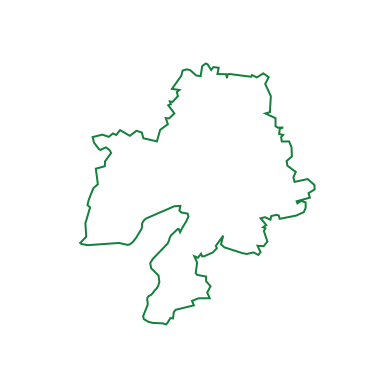 outline of Namur, rotated 22°
{"feature_id": "BEL-3476", "entity_name": "Namur", "entity_type": "Province", "adm_level": 1, "iso_a3": "BEL", "parent_name": "Belgium", "parent_adm1": "", "projection": "albers", "projection_center": [4.867, 50.216], "detail": "fine", "context": "isolated", "style": "outline", "palette": "green", "viewbox_px": 384, "rotation_deg": 22, "n_neighbors": 0, "source": "natural_earth", "source_scale": "10m", "svg_char_len": 2439}
<svg xmlns="http://www.w3.org/2000/svg" viewBox="0 0 384 384"><g transform="rotate(22 192 192)"><path d="M189.6,215.0L187.3,214.0L186.4,209.3L181.0,211.8L159.3,233.8L158.1,236.3L157.5,239.4L158.0,241.3L158.8,242.9L159.0,245.0L157.4,255.1L156.0,260.2L154.1,263.8L151.9,265.2L143.4,266.6L114.9,280.5L108.9,281.6L107.4,281.1L108.0,279.8L110.7,273.1L104.9,261.0L103.3,244.5L100.0,243.3L99.2,238.1L99.1,225.5L101.8,220.1L94.1,206.4L101.5,200.8L99.9,196.2L102.4,186.1L99.6,183.9L95.3,182.9L91.5,187.2L90.0,187.3L82.6,182.9L79.3,178.3L87.4,172.4L94.2,172.0L96.8,167.3L100.4,167.5L102.1,161.6L113.3,163.2L117.5,156.1L123.1,155.6L126.8,160.4L140.5,158.2L139.2,146.3L144.2,138.2L140.0,133.3L143.2,132.3L146.2,125.7L137.5,120.5L139.5,118.5L137.5,116.3L140.2,115.8L143.0,108.4L140.5,105.0L142.1,102.1L134.8,103.9L138.5,88.3L137.8,82.9L141.2,80.2L144.8,79.7L152.1,82.4L156.6,81.4L154.3,71.5L156.5,67.8L158.5,67.7L164.1,71.7L165.0,68.2L170.2,66.8L171.4,73.1L179.5,70.0L181.8,73.3L181.0,69.7L182.0,68.7L203.6,63.0L203.8,61.1L209.1,61.5L213.7,55.3L220.1,56.8L219.4,64.4L229.2,73.6L234.3,88.8L230.6,91.7L241.8,92.3L244.8,99.7L247.6,100.2L252.4,98.0L249.7,100.6L251.1,105.6L255.1,105.0L254.1,107.8L256.3,111.5L263.1,108.8L267.5,113.2L271.3,121.6L268.1,127.8L270.6,131.9L280.7,134.5L280.5,140.4L283.3,144.2L294.3,136.7L302.9,139.6L304.7,143.7L300.5,149.4L303.4,153.1L292.5,161.4L294.0,163.0L296.5,159.4L301.2,159.0L303.3,164.0L303.2,168.8L297.6,174.7L283.4,184.0L281.2,181.3L279.0,181.5L274.5,184.6L275.1,188.3L269.2,188.0L265.5,190.6L273.3,194.9L271.1,198.1L273.6,198.1L273.3,201.3L280.5,209.7L278.7,215.4L272.9,217.3L278.1,222.1L277.1,225.5L271.6,225.0L266.1,228.9L261.8,229.8L242.8,231.2L238.5,229.7L237.3,220.8L234.3,233.0L236.1,234.8L234.0,240.2L227.3,247.1L225.4,247.8L223.5,245.9L222.1,250.8L218.2,250.7L223.2,255.5L225.8,265.8L228.0,266.9L236.7,265.1L238.5,269.4L244.5,272.5L243.8,279.5L248.2,283.9L238.0,288.0L232.8,293.0L236.2,296.4L220.9,307.4L220.1,310.2L221.8,316.3L219.2,317.0L218.3,322.4L217.6,324.5L213.8,324.8L205.0,328.0L200.4,328.7L195.0,327.9L193.2,325.5L193.2,313.7L192.7,311.8L190.7,308.5L190.3,306.9L190.7,305.0L192.5,302.8L193.2,301.2L194.3,297.3L195.3,294.7L195.8,291.9L195.5,287.8L192.3,282.0L182.7,278.0L179.9,273.6L180.8,268.5L188.7,249.0L188.9,245.6L188.5,243.0L188.8,240.1L192.6,231.7L193.8,231.4L196.0,233.8L196.5,228.2L197.6,221.7L197.9,216.1L196.0,213.7L189.6,215.0Z" fill="none" stroke="#15803d" stroke-width="2"/></g></svg>